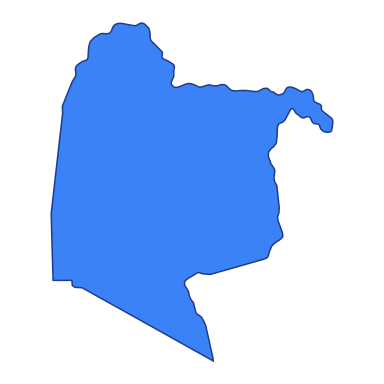 outline of Nyanza
{"feature_id": "KEN-1197", "entity_name": "Nyanza", "entity_type": "Province", "adm_level": 1, "iso_a3": "KEN", "parent_name": "Kenya", "parent_adm1": "", "projection": "albers", "projection_center": [34.762, -0.553], "detail": "fine", "context": "isolated", "style": "filled", "palette": "blue", "viewbox_px": 384, "rotation_deg": 0, "n_neighbors": 0, "source": "natural_earth", "source_scale": "10m", "svg_char_len": 3827}
<svg xmlns="http://www.w3.org/2000/svg" viewBox="0 0 384 384"><path d="M213.3,361.0L181.4,343.2L139.2,319.6L97.0,296.1L82.2,287.8L74.9,287.3L72.3,285.5L71.9,280.4L68.9,280.3L68.0,280.4L53.1,280.4L51.9,240.4L51.2,213.6L54.4,185.4L59.0,144.9L62.6,113.7L62.4,106.1L71.7,82.9L72.3,81.6L75.3,76.6L75.7,75.6L75.9,74.6L76.0,73.5L75.4,70.0L75.4,68.8L75.6,67.7L75.9,66.8L76.4,66.1L76.8,65.6L78.8,63.8L81.2,62.2L83.0,61.3L86.7,60.0L87.1,59.6L87.5,58.9L88.0,57.3L88.1,56.5L88.4,50.1L89.0,45.9L89.8,42.7L90.2,41.9L90.6,41.2L94.1,37.6L100.0,34.0L101.2,33.6L103.1,33.5L106.6,33.8L108.3,33.5L109.6,33.1L110.2,32.4L110.9,31.7L111.4,30.8L112.9,27.1L113.4,26.3L113.9,25.7L114.2,25.3L115.6,24.4L116.5,23.9L117.6,23.6L118.7,23.4L120.2,23.3L121.8,23.4L132.4,25.4L134.7,25.7L135.8,25.6L136.9,25.2L138.5,24.2L140.4,23.3L141.5,23.0L142.9,23.3L144.6,24.0L148.2,27.6L148.9,28.7L149.6,30.6L150.1,34.2L150.2,38.0L150.5,39.1L150.8,40.1L151.3,40.9L162.0,51.7L162.5,52.6L162.4,53.6L161.8,56.8L162.4,58.0L164.0,59.3L167.5,60.7L172.7,64.0L173.7,64.9L174.2,65.7L174.4,66.8L174.3,67.8L173.8,70.0L173.8,76.0L173.1,78.0L172.2,79.8L171.8,80.7L171.3,82.6L171.2,83.3L171.4,84.1L171.8,84.8L172.4,85.7L173.2,86.4L174.4,87.2L175.9,87.4L177.5,87.3L180.0,86.5L185.3,84.3L188.6,83.4L189.7,83.5L194.2,84.7L198.9,87.0L200.2,87.1L201.9,86.9L206.4,85.4L207.9,85.0L209.5,84.9L213.5,85.8L216.4,86.0L221.1,84.7L222.6,84.6L223.6,84.6L224.6,84.9L225.6,85.3L226.4,85.8L229.1,88.5L230.6,89.7L231.5,90.2L232.4,90.5L234.6,90.9L237.2,90.9L240.9,90.5L246.1,90.5L255.4,91.6L256.7,91.5L258.9,91.0L259.8,90.5L262.4,89.0L263.3,88.6L264.5,88.4L265.7,88.3L266.8,88.3L267.7,88.7L268.5,89.2L270.5,91.3L271.2,91.7L272.1,91.9L273.0,91.9L273.9,92.3L276.1,94.0L276.9,94.5L277.9,94.8L278.9,95.0L279.9,94.8L281.9,94.1L282.9,93.7L283.7,93.2L284.3,92.4L285.7,89.7L286.2,88.8L286.7,88.1L287.5,87.5L288.5,87.2L289.6,87.0L290.8,87.1L293.0,87.6L295.9,88.7L299.2,90.7L300.1,91.1L301.1,91.5L302.2,91.5L303.2,91.3L304.2,90.9L305.8,89.9L306.5,89.5L307.1,89.4L308.0,89.5L308.9,89.7L309.8,90.1L310.6,90.6L311.8,92.1L312.3,93.0L313.0,95.0L313.9,100.9L314.6,101.6L315.3,102.2L316.1,102.7L320.0,104.3L320.8,105.1L321.4,106.2L321.4,108.5L321.6,109.9L322.2,110.8L331.1,117.9L331.7,118.6L332.3,119.4L332.7,120.4L332.8,122.2L332.8,123.3L331.8,129.8L331.4,130.9L330.6,131.8L329.0,132.2L327.7,132.3L326.4,132.2L325.3,132.0L324.3,131.7L323.4,131.3L322.6,130.7L321.2,129.5L320.7,128.7L320.2,127.8L319.6,125.7L319.1,124.8L318.3,124.2L317.3,123.9L315.0,123.7L313.9,123.4L313.1,122.8L312.4,122.1L311.9,121.3L310.7,118.5L310.1,117.7L309.4,117.1L308.5,116.7L307.5,116.6L306.5,116.8L304.8,117.6L303.9,117.9L302.8,117.9L301.8,117.6L300.9,117.1L298.8,115.2L296.4,113.6L295.8,112.9L295.2,112.1L293.7,109.5L293.1,108.9L292.3,108.4L291.1,109.1L289.8,111.0L285.2,119.7L283.3,121.7L282.5,122.2L280.5,123.0L279.6,123.5L278.8,124.1L278.2,124.8L277.8,126.0L277.4,127.6L277.1,136.4L276.6,139.7L276.6,140.8L276.5,142.1L276.1,143.4L274.3,145.9L273.5,146.8L271.2,148.6L270.6,149.3L268.9,151.6L268.6,152.2L268.3,154.2L268.4,156.2L268.6,157.3L268.9,158.2L270.1,161.0L270.7,163.2L271.1,164.0L274.3,168.8L274.7,169.8L274.8,170.9L274.0,177.5L274.1,178.6L274.6,181.4L274.7,181.8L275.0,182.4L276.4,184.7L276.7,185.4L276.9,186.2L279.2,207.4L278.9,213.1L277.6,216.2L277.7,218.6L278.1,220.9L282.1,231.8L282.7,234.4L282.8,236.8L281.3,238.5L279.0,240.3L276.4,241.9L273.9,243.9L271.7,246.1L269.3,252.0L268.3,255.7L267.4,257.4L266.0,258.3L263.7,259.2L211.1,274.2L209.7,274.4L202.4,273.7L201.4,273.5L200.5,273.1L199.6,272.7L198.6,272.6L197.5,272.8L196.6,273.2L192.5,275.9L189.0,277.8L185.8,280.3L185.2,280.9L184.6,281.8L184.5,283.6L184.9,285.6L188.4,291.4L188.8,292.7L189.0,294.9L189.6,296.8L190.7,299.1L193.5,302.9L195.8,312.3L196.7,313.7L201.4,317.1L204.3,322.1L205.7,325.6L213.0,358.3L213.3,361.0Z" fill="#3b82f6" stroke="#1e3a8a" stroke-width="1.5"/></svg>